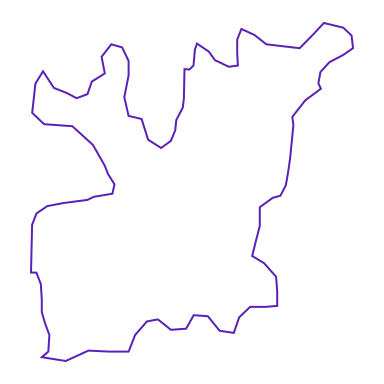 the district of Paju-si, Gyeonggi, South Korea
{"feature_id": "91817680B14253606839965", "entity_name": "Paju-si", "entity_type": "district", "adm_level": 2, "iso_a3": "KOR", "parent_name": "South Korea", "parent_adm1": "Gyeonggi", "projection": "robinson", "projection_center": [126.826, 37.84], "detail": "fine", "context": "isolated", "style": "outline", "palette": "violet", "viewbox_px": 384, "rotation_deg": 0, "n_neighbors": 0, "source": "geoboundaries", "source_scale": "gbopen_adm2", "svg_char_len": 1306}
<svg xmlns="http://www.w3.org/2000/svg" viewBox="0 0 384 384"><path d="M184.5,69.1L183.9,98.2L182.8,107.6L176.3,120.0L175.2,130.4L170.9,140.8L161.1,148.0L148.1,139.7L141.6,119.0L128.6,115.9L124.3,97.2L128.6,75.4L128.6,60.9L122.1,47.4L111.3,44.3L101.6,56.8L104.8,73.4L91.8,81.6L87.5,94.1L76.6,98.2L66.9,93.1L53.9,87.9L43.0,71.3L35.4,83.7L32.2,112.8L44.1,124.2L72.3,126.2L92.9,144.9L104.8,165.7L108.0,174.0L114.5,184.3L112.4,193.7L93.9,196.8L87.4,199.9L63.6,203.0L47.3,206.1L36.5,213.4L32.1,224.8L31.0,272.6L36.4,272.6L40.8,284.0L41.8,299.6L41.8,312.1L45.1,323.5L49.4,335.0L48.3,351.6L41.8,357.2L65.7,361.0L88.4,350.6L109.1,351.6L128.6,351.6L135.1,335.0L147.0,321.4L157.9,319.4L170.9,329.8L186.1,328.7L193.7,315.2L207.8,316.2L219.7,330.8L233.8,332.9L239.2,317.3L250.1,306.9L265.3,306.9L277.2,305.9L277.2,291.3L276.1,276.8L264.1,263.2L252.2,256.0L255.5,242.5L259.8,225.9L259.8,207.2L272.8,197.8L280.4,195.7L285.8,185.4L288.0,172.9L290.1,158.4L293.4,125.2L292.3,116.9L305.3,100.3L320.9,88.7L318.4,83.4L320.4,72.1L329.4,62.2L343.3,54.9L353.0,48.2L351.6,35.6L343.3,27.7L323.9,23.0L311.4,36.3L299.6,48.2L266.3,44.3L254.5,35.0L241.4,29.0L237.2,39.6L237.2,53.5L237.9,65.5L228.9,66.8L215.0,60.2L208.8,51.6L197.0,43.6L194.9,49.6L193.5,65.5L189.4,69.5L184.5,69.1Z" fill="none" stroke="#5b21b6" stroke-width="2"/></svg>